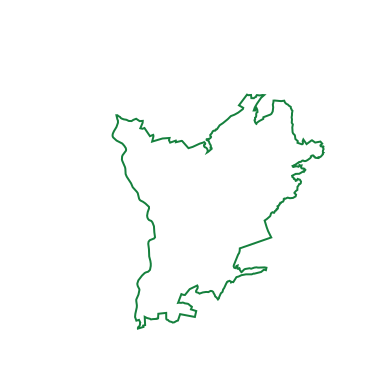 the district of Brancovenesti, Mures, Romania, rotated 139°
{"feature_id": "2599482B90638587736477", "entity_name": "Brancovenesti", "entity_type": "district", "adm_level": 2, "iso_a3": "ROU", "parent_name": "Romania", "parent_adm1": "Mures", "projection": "robinson", "projection_center": [24.725, 46.873], "detail": "fine", "context": "isolated", "style": "outline", "palette": "green", "viewbox_px": 384, "rotation_deg": 139, "n_neighbors": 0, "source": "geoboundaries", "source_scale": "gbopen_adm2", "svg_char_len": 5979}
<svg xmlns="http://www.w3.org/2000/svg" viewBox="0 0 384 384"><g transform="rotate(139 192 192)"><path d="M238.6,205.9L241.4,203.6L242.4,202.0L242.8,200.6L242.8,199.0L241.7,196.8L241.8,195.0L243.2,191.1L246.8,186.4L249.6,182.1L251.1,181.8L255.4,183.3L256.3,183.2L257.5,182.9L259.0,181.6L262.0,177.1L266.6,171.4L268.7,167.2L270.1,165.0L271.7,163.2L274.8,160.8L277.3,160.6L279.6,161.6L280.9,161.9L284.6,161.7L290.5,160.5L293.3,158.8L294.0,157.9L294.7,156.4L295.4,153.5L295.9,152.6L299.7,149.7L304.6,147.4L305.5,146.4L307.9,142.7L309.3,141.2L314.7,137.2L317.0,135.0L318.4,131.4L315.9,130.3L316.7,127.4L317.2,127.2L318.0,126.3L319.0,125.6L319.8,125.3L321.2,125.3L322.1,124.8L322.4,124.4L317.2,122.0L316.5,123.2L314.7,122.3L309.6,128.8L308.7,126.5L306.9,123.9L306.6,122.8L305.0,121.8L301.9,119.4L301.7,119.6L300.5,118.9L297.3,122.2L290.8,117.7L294.3,113.6L294.7,113.0L294.8,112.3L294.1,111.2L294.1,110.4L293.9,109.2L292.5,107.1L292.2,106.1L290.9,105.3L288.3,104.8L286.9,104.2L281.1,107.6L271.8,95.8L266.9,99.4L269.8,104.1L267.4,105.4L267.5,106.2L267.8,106.8L268.2,109.6L268.5,110.4L270.6,112.9L270.9,113.7L271.5,114.6L273.0,115.5L274.5,117.1L275.2,117.5L267.0,121.9L266.1,120.2L264.9,118.9L257.5,120.2L249.4,118.0L249.7,116.9L250.8,115.8L254.0,114.6L254.5,113.6L253.3,111.7L253.0,110.4L249.7,109.1L246.9,107.3L245.3,105.7L243.0,105.2L242.5,104.8L241.8,103.8L241.6,102.6L242.1,101.3L242.3,99.7L243.0,98.0L242.7,96.1L242.9,93.9L241.2,94.2L240.6,94.8L236.7,96.6L234.5,96.6L232.5,98.0L230.8,98.4L226.6,100.3L224.5,101.1L224.2,100.9L223.5,101.0L223.1,100.7L222.0,100.4L221.5,99.2L221.9,98.1L220.8,97.9L220.0,96.9L214.3,98.6L212.2,97.6L209.3,96.8L205.2,94.4L201.0,90.7L199.0,90.0L198.6,89.5L192.3,86.3L188.9,86.2L188.5,86.0L187.5,84.5L185.5,86.0L186.7,87.5L191.8,91.6L192.7,92.8L194.5,94.0L197.7,95.3L198.6,96.7L202.4,99.0L203.7,99.3L206.8,99.0L207.3,99.1L207.1,101.4L206.8,102.5L206.2,103.0L206.2,103.5L207.0,103.7L207.3,104.2L207.8,104.0L208.0,104.4L207.9,104.8L205.8,106.6L207.0,107.0L208.4,106.3L209.3,106.2L209.8,107.2L209.3,108.6L208.5,109.3L198.1,114.6L196.7,114.9L194.6,116.3L192.9,118.1L162.0,105.7L160.2,112.6L158.8,116.3L155.9,122.8L153.3,122.5L149.1,122.5L148.6,122.6L146.4,124.0L144.9,124.0L144.5,123.9L143.8,122.5L143.3,122.5L142.3,123.1L141.7,123.2L141.1,122.9L139.3,123.1L139.5,123.5L139.1,123.6L138.2,123.2L137.4,123.6L137.0,125.0L136.7,125.2L135.9,124.7L135.2,124.8L134.5,125.3L133.9,125.1L133.5,125.5L132.5,125.9L132.1,125.4L131.2,125.6L129.5,125.0L128.1,125.6L127.4,126.5L126.6,126.5L126.2,125.8L123.5,125.0L122.2,123.1L119.7,121.3L116.7,120.7L115.2,121.7L115.4,123.9L115.1,124.3L112.5,124.6L111.2,124.4L108.9,126.8L107.4,127.0L105.9,127.7L105.3,127.2L104.3,127.2L102.9,128.3L102.5,130.5L103.6,132.4L104.1,132.0L104.7,132.4L105.6,132.0L106.4,132.4L106.0,133.5L106.1,134.2L106.4,134.7L106.1,135.0L106.3,135.4L106.1,135.7L106.1,136.8L106.4,137.3L105.8,138.6L101.8,137.6L99.1,135.4L94.2,134.5L94.5,134.1L94.4,133.8L92.0,134.3L92.1,135.0L91.9,135.7L92.5,136.0L92.5,136.7L93.5,137.5L93.7,138.6L93.4,139.2L91.9,140.2L92.9,140.9L93.2,141.9L94.3,141.1L95.1,141.2L95.8,142.4L96.7,143.2L99.1,144.4L99.3,145.0L99.0,145.6L98.5,145.2L97.9,145.4L96.0,144.8L91.3,144.3L90.2,143.4L88.1,143.3L87.4,142.7L87.1,141.8L85.9,140.8L84.0,140.3L80.5,140.0L78.6,140.5L78.6,140.9L77.3,140.7L76.5,140.0L76.4,139.4L76.7,138.6L76.3,137.9L76.5,137.0L75.0,135.3L74.1,134.5L73.8,134.6L74.0,135.0L73.7,135.3L72.6,134.4L71.4,134.2L68.4,134.6L68.0,135.3L67.0,135.4L67.2,135.9L66.7,136.7L65.8,137.5L64.6,138.0L64.0,139.1L64.1,139.5L63.0,140.1L63.1,140.5L64.6,141.6L64.8,142.2L64.6,142.7L64.4,143.0L62.0,143.1L62.0,145.8L66.6,148.5L67.5,152.3L67.9,152.5L74.1,153.0L73.5,158.6L75.1,157.8L76.3,156.0L77.2,155.6L77.8,156.0L80.1,159.9L78.8,161.0L79.2,164.2L77.4,166.9L77.1,167.9L77.3,169.1L77.2,170.2L76.8,171.2L73.9,175.0L71.6,176.8L71.3,178.8L68.9,181.2L67.8,183.0L66.0,184.5L65.1,185.6L62.9,187.4L62.9,188.6L62.5,189.6L62.5,190.2L61.6,191.5L62.2,193.4L62.3,195.1L63.0,196.7L63.1,198.6L62.5,200.4L65.1,202.1L69.5,206.7L70.5,207.5L71.8,206.2L73.7,204.9L75.2,202.6L78.3,199.8L80.8,198.9L82.0,199.0L89.1,201.6L90.3,200.4L94.6,201.4L97.7,201.7L98.7,201.2L98.8,201.5L98.6,203.2L97.7,205.2L96.9,205.2L95.7,206.7L94.8,206.6L94.0,207.0L93.2,207.7L92.5,208.7L91.0,209.6L90.1,209.4L88.8,211.2L88.7,211.9L88.4,212.3L88.1,213.7L88.7,213.6L90.8,212.1L91.9,213.0L89.1,214.6L85.1,216.0L78.0,217.8L74.0,217.8L75.1,218.9L77.5,220.4L79.5,222.6L80.3,222.5L81.1,221.8L82.9,222.3L83.8,222.2L85.6,223.9L83.8,226.5L86.1,228.2L86.6,229.4L99.7,226.6L98.1,221.9L99.2,221.2L105.1,221.6L109.3,222.5L112.9,223.8L117.1,223.5L123.5,223.7L127.4,224.2L131.9,223.0L132.8,223.5L133.5,223.1L134.5,223.2L134.8,223.8L136.5,224.2L138.4,223.4L140.8,223.1L141.5,222.1L141.3,221.4L141.5,221.0L142.9,220.6L145.7,221.5L145.9,222.1L146.3,222.2L146.8,221.8L146.8,221.4L145.7,220.3L146.2,220.1L146.2,218.8L146.9,217.1L147.2,215.1L147.8,214.0L148.7,213.6L149.0,213.3L148.4,212.5L148.8,211.7L153.4,211.7L154.6,211.9L153.4,212.4L152.4,214.0L152.2,215.7L152.5,216.7L153.0,217.5L152.7,219.0L152.0,219.6L151.0,219.4L150.3,219.8L150.0,220.5L150.1,221.7L150.6,221.7L154.3,223.4L161.9,225.6L165.9,227.4L166.0,237.0L166.3,237.4L171.4,240.1L170.9,240.5L170.5,241.4L176.1,243.6L175.4,246.2L173.5,247.5L179.1,251.7L189.0,256.2L184.7,259.2L183.9,260.2L183.8,260.6L187.1,261.7L185.9,271.5L187.9,272.2L189.2,274.0L183.9,276.6L182.5,278.0L185.0,279.8L186.1,283.9L188.9,284.9L191.1,285.2L193.1,287.1L194.1,289.5L195.9,291.7L196.9,293.6L197.2,294.6L197.1,295.8L197.8,297.7L197.9,298.8L198.7,299.5L200.5,296.1L201.1,294.4L202.5,292.8L206.4,290.6L211.0,289.1L213.4,288.0L214.7,287.0L215.5,285.8L215.7,284.8L215.2,280.3L212.8,274.3L212.8,271.3L213.2,268.5L214.1,267.0L214.8,266.5L220.2,265.3L221.4,264.7L223.6,262.5L224.1,261.5L226.3,254.6L227.1,253.2L230.3,249.1L231.2,246.4L232.3,238.5L233.6,234.5L233.5,228.4L233.7,226.7L236.3,221.7L236.6,220.3L236.4,219.2L235.4,216.8L234.7,213.9L234.2,209.1L235.2,207.8L238.6,205.9Z" fill="none" stroke="#15803d" stroke-width="2"/></g></svg>